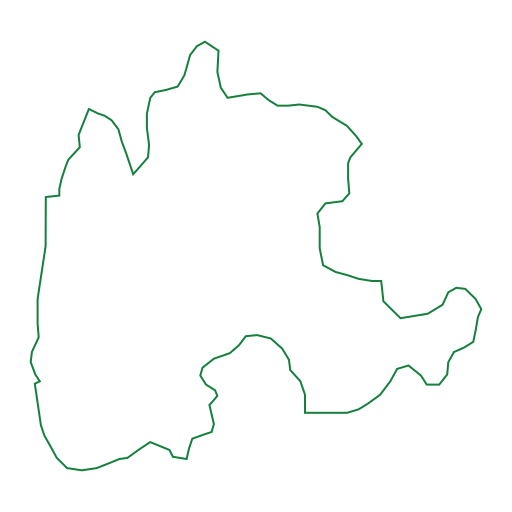 the district of Wonju-si, Gangwon, South Korea
{"feature_id": "91817680B41990583973423", "entity_name": "Wonju-si", "entity_type": "district", "adm_level": 2, "iso_a3": "KOR", "parent_name": "South Korea", "parent_adm1": "Gangwon", "projection": "natural_earth1", "projection_center": [127.964, 37.315], "detail": "fine", "context": "isolated", "style": "outline", "palette": "green", "viewbox_px": 512, "rotation_deg": 0, "n_neighbors": 0, "source": "geoboundaries", "source_scale": "gbopen_adm2", "svg_char_len": 1718}
<svg xmlns="http://www.w3.org/2000/svg" viewBox="0 0 512 512"><path d="M88.9,109.0L78.6,134.9L79.8,147.2L68.4,159.6L66.1,165.2L61.6,178.7L59.3,188.8L59.3,195.6L45.8,197.0L45.6,246.2L37.6,299.0L37.6,323.8L38.7,337.3L31.9,352.0L30.7,362.1L35.3,374.5L39.8,381.3L34.8,383.7L40.9,425.2L44.3,435.4L50.0,445.5L56.8,457.9L67.1,468.1L81.9,470.3L96.7,468.1L108.1,463.6L119.4,459.0L127.4,457.9L139.9,448.9L150.2,442.1L169.5,450.0L172.9,456.8L186.6,459.0L188.9,448.9L192.3,438.7L204.8,434.2L211.6,432.0L213.9,424.1L209.4,404.9L211.6,402.7L217.3,395.9L215.1,390.3L206.0,384.6L200.3,375.6L202.5,367.7L213.9,358.7L229.9,353.1L239.0,345.2L245.8,336.2L257.2,335.1L270.8,338.5L282.2,348.6L289.0,359.9L290.2,370.0L300.4,381.3L305.0,394.8L305.0,412.8L347.1,412.8L358.5,409.4L367.6,403.8L380.1,394.8L390.3,381.3L397.1,368.9L408.5,365.5L421.0,375.6L426.7,384.6L439.2,384.6L447.2,374.5L448.3,362.1L454.0,352.0L464.2,347.5L473.3,341.8L475.6,330.6L477.9,317.1L481.3,309.2L475.6,299.0L465.3,288.9L456.2,287.8L448.3,292.3L442.6,304.7L427.8,313.7L400.5,318.2L383.4,301.3L381.2,281.0L372.0,281.0L358.4,278.8L348.2,275.4L335.6,272.0L323.1,265.3L319.7,248.4L319.7,227.0L317.4,213.5L325.4,203.4L342.4,201.2L349.3,193.3L348.1,178.7L348.1,163.0L350.4,157.3L361.8,143.9L356.1,136.0L347.0,125.9L332.2,116.9L325.4,110.2L317.4,106.8L299.2,104.5L287.8,105.7L277.6,105.7L268.5,100.0L260.6,93.3L248.0,94.4L227.6,97.8L220.8,87.7L217.4,72.0L218.5,50.7L204.9,41.7L196.9,46.2L190.1,55.1L184.4,75.3L177.6,86.6L166.2,89.9L154.8,92.2L150.3,97.8L146.9,113.5L146.9,128.1L149.1,145.0L148.0,157.3L141.2,165.2L133.2,174.2L129.8,164.1L126.4,154.0L121.8,141.6L118.4,129.3L111.6,120.3L104.8,115.8L98.0,113.5L88.9,109.0Z" fill="none" stroke="#15803d" stroke-width="2"/></svg>